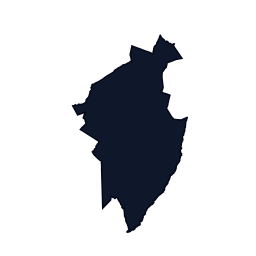 Murehwa, Mashonaland East, Zimbabwe (Equal Earth projection), rotated 199°
{"feature_id": "62879985B35130574204282", "entity_name": "Murehwa", "entity_type": "district", "adm_level": 2, "iso_a3": "ZWE", "parent_name": "Zimbabwe", "parent_adm1": "Mashonaland East", "projection": "equal_earth", "projection_center": [31.759, -17.8], "detail": "fine", "context": "isolated", "style": "filled", "palette": "ink", "viewbox_px": 256, "rotation_deg": 199, "n_neighbors": 0, "source": "geoboundaries", "source_scale": "gbopen_adm2", "svg_char_len": 5679}
<svg xmlns="http://www.w3.org/2000/svg" viewBox="0 0 256 256"><g transform="rotate(199 128 128)"><path d="M75.5,157.3L80.3,152.9L87.1,151.1L90.2,152.6L98.1,159.0L97.9,162.1L98.1,163.0L98.1,163.8L98.5,164.5L98.3,165.6L98.6,166.7L98.6,167.4L98.8,168.2L98.8,169.4L99.0,170.7L98.9,172.2L99.2,172.7L108.4,172.6L107.9,173.4L108.0,177.7L110.9,183.8L112.4,186.8L113.8,191.5L113.6,192.6L113.4,193.0L113.2,193.6L112.7,195.5L112.6,196.2L111.7,197.6L111.9,198.7L111.8,199.6L111.8,200.3L112.0,200.5L112.4,202.3L108.3,205.6L104.8,208.6L99.7,211.4L108.5,218.0L108.5,217.9L111.8,220.5L111.6,222.5L112.3,222.4L112.8,221.7L113.2,221.1L113.7,221.2L115.6,221.7L116.3,221.4L116.9,221.2L118.5,222.5L119.2,222.5L119.5,222.7L119.8,222.6L120.0,222.4L120.0,222.2L120.3,222.0L120.6,222.0L120.9,222.1L121.4,221.9L122.0,222.4L122.2,222.9L122.4,223.1L123.5,223.3L123.9,223.6L124.7,223.9L126.2,224.7L127.1,225.5L127.3,226.1L127.4,226.3L127.3,226.6L127.7,226.2L127.7,225.9L127.8,225.7L127.8,225.3L127.6,224.3L127.8,223.5L127.7,222.6L127.8,221.6L128.1,220.6L127.9,220.0L128.1,219.5L128.2,218.7L128.5,218.1L128.5,217.8L128.0,217.0L128.0,216.5L128.4,215.9L129.5,213.7L129.6,213.3L129.4,212.8L129.4,212.3L129.5,212.0L129.5,211.7L129.0,209.4L129.1,208.6L129.0,208.1L128.6,207.8L128.6,206.8L128.5,206.4L129.7,206.2L131.5,206.5L138.1,206.5L142.4,206.7L145.1,206.7L149.6,206.8L151.0,206.9L150.4,202.5L149.9,198.2L147.0,193.7L146.4,192.3L147.0,192.0L147.5,191.6L148.3,190.0L149.4,189.3L150.0,188.4L151.6,186.9L152.0,186.4L152.3,186.2L153.0,186.3L153.2,186.1L153.8,184.9L153.9,184.3L154.0,184.0L154.3,183.9L154.6,184.0L154.8,183.8L155.7,182.6L156.6,181.7L156.8,181.6L157.1,181.3L157.4,180.5L157.9,180.0L158.1,179.5L158.9,179.0L159.2,178.1L159.6,177.4L159.7,176.5L159.9,176.0L160.7,175.2L161.2,174.4L161.5,174.2L161.9,173.6L162.2,173.3L164.5,170.7L166.8,167.6L168.0,165.6L168.4,165.3L170.1,163.1L171.7,161.4L172.6,160.7L173.8,159.3L174.5,158.3L174.9,158.0L175.6,157.9L176.0,157.5L176.1,156.9L175.8,155.8L175.7,154.9L176.1,154.4L176.0,153.9L175.9,153.7L175.3,153.5L175.0,153.2L174.9,152.8L174.9,152.1L175.3,151.5L175.4,150.8L175.8,150.0L175.5,149.1L175.4,146.9L175.2,145.2L175.5,144.0L176.0,143.0L176.3,141.8L176.6,141.6L176.7,141.4L176.7,141.0L176.5,140.5L176.4,139.2L176.0,138.5L176.2,137.9L176.6,137.6L177.0,137.6L177.4,137.3L177.7,136.9L177.9,136.1L178.3,135.8L178.8,135.8L179.2,135.5L180.7,134.7L182.3,134.5L183.2,132.9L183.4,132.7L185.0,132.6L185.2,132.8L185.4,132.8L185.5,132.7L185.7,132.1L185.9,131.9L186.6,131.4L187.1,131.2L187.5,130.9L179.8,124.0L173.7,128.9L173.6,122.9L171.7,122.3L169.0,118.3L170.8,115.0L171.9,112.9L172.5,111.0L169.0,110.3L151.2,106.0L151.0,104.0L151.7,102.7L151.8,101.9L151.8,101.4L152.1,101.0L152.3,100.6L152.2,99.9L151.9,99.6L151.9,99.4L151.9,98.9L152.0,97.9L152.4,97.7L152.8,97.2L152.8,96.9L152.6,96.5L152.7,95.5L153.4,94.6L153.9,94.4L154.0,93.9L151.4,91.7L144.8,88.6L142.8,88.2L142.5,88.0L142.0,87.3L141.8,86.3L140.9,84.6L139.5,80.4L131.5,59.2L130.2,55.8L126.4,45.6L125.8,44.0L121.0,54.3L121.8,57.7L121.1,57.5L120.4,57.6L119.7,57.5L119.4,57.8L118.8,57.7L117.8,57.2L117.4,57.1L117.2,57.3L117.0,58.0L116.7,58.5L116.2,58.8L115.4,58.5L114.9,58.2L113.1,56.3L111.5,55.3L110.7,54.4L110.4,54.2L110.0,53.5L109.4,53.1L108.5,53.1L108.4,52.6L108.1,52.2L108.0,51.1L107.8,50.8L107.3,50.7L106.4,50.1L106.1,50.1L105.4,50.9L105.1,50.4L104.8,49.6L104.9,48.8L104.4,48.2L103.8,46.6L103.5,46.1L103.0,44.7L102.6,43.7L102.3,43.3L101.5,42.7L100.7,41.3L100.4,41.2L99.8,40.6L99.8,40.3L100.0,39.9L100.0,39.6L99.8,39.4L99.3,39.2L98.6,38.0L98.2,37.9L97.7,37.3L97.1,36.8L96.8,36.0L95.9,35.3L95.1,33.7L94.4,33.0L94.0,32.7L94.0,32.3L94.1,32.0L94.3,31.3L94.9,30.4L95.1,29.4L94.2,29.4L93.8,29.7L93.4,30.4L92.9,30.4L92.6,30.7L92.4,30.7L92.1,31.2L91.8,31.6L91.2,33.3L90.3,33.1L89.7,33.4L89.6,33.7L88.8,34.7L88.7,35.8L88.5,36.6L87.3,37.8L86.6,39.1L86.0,39.7L85.4,40.0L85.1,40.4L85.4,40.9L85.4,41.5L85.7,41.9L86.1,42.2L86.3,43.2L86.6,43.7L86.7,44.1L85.8,44.3L85.5,44.2L85.2,43.9L84.7,44.5L84.7,45.6L84.5,45.8L84.6,47.0L84.8,47.8L84.6,48.5L84.9,48.7L85.0,48.9L85.0,49.8L84.8,50.5L83.8,51.9L83.7,52.2L83.9,52.8L83.9,53.6L84.1,54.5L84.1,55.5L83.7,56.3L83.9,56.9L83.9,57.3L83.8,57.6L83.5,57.9L83.4,58.3L83.5,58.7L83.1,59.6L82.1,60.7L82.0,61.4L81.8,62.0L81.1,62.8L80.8,63.0L80.0,64.0L79.4,65.7L79.4,66.2L79.4,66.4L80.1,67.0L80.2,67.5L79.7,68.1L78.9,68.8L78.7,69.2L78.5,70.5L78.3,71.2L78.0,71.6L77.9,71.7L77.6,73.1L77.0,73.9L76.8,74.6L76.6,74.8L75.7,76.1L73.7,79.3L74.0,80.2L73.9,80.5L73.4,81.1L73.4,81.4L73.8,82.1L73.7,82.5L73.9,82.9L73.9,83.4L73.7,85.0L73.5,85.9L73.1,86.7L72.8,87.6L72.4,88.3L72.5,88.7L72.6,89.5L72.6,91.3L72.3,92.3L72.2,93.4L72.2,93.7L72.5,93.9L72.5,94.1L72.3,94.9L72.3,95.8L72.4,96.2L72.7,96.8L71.9,97.3L71.5,97.6L71.2,98.3L70.7,99.9L70.6,100.0L70.1,100.0L70.1,100.9L69.5,102.4L69.5,103.3L69.3,105.1L69.7,105.6L69.6,106.2L69.8,106.9L69.9,108.2L69.6,109.9L68.8,111.9L68.5,114.2L68.6,114.7L68.9,115.2L69.1,116.1L68.9,116.6L68.9,116.9L69.2,117.5L69.2,118.4L69.2,118.7L68.5,119.6L68.8,120.0L68.9,120.4L68.9,120.9L69.0,121.1L69.4,121.0L69.6,121.4L70.0,121.7L70.3,122.2L70.5,122.4L70.8,123.0L71.2,123.0L71.3,123.1L71.4,124.4L70.9,125.4L70.8,126.3L71.1,126.3L71.3,126.8L71.8,127.1L72.0,127.1L72.1,127.3L72.0,129.2L72.6,130.8L72.6,131.1L72.5,131.4L72.4,131.8L72.7,132.5L72.5,133.1L72.2,133.6L72.2,133.9L72.5,134.4L72.5,135.1L72.6,135.6L73.3,136.1L73.4,136.7L73.8,137.5L73.8,138.1L73.5,138.5L73.2,139.2L73.2,139.7L73.4,140.6L73.6,141.1L73.5,141.8L73.5,144.0L73.6,144.4L74.1,145.1L74.2,145.5L74.1,147.9L74.3,148.1L74.5,149.0L74.7,149.5L74.8,150.6L75.0,151.3L75.5,152.2L75.5,152.4L75.3,152.9L75.4,154.0L75.2,154.4L75.2,154.8L75.4,155.2L75.4,157.2L75.5,157.3Z" fill="#0f172a" stroke="#020617" stroke-width="1.5"/></g></svg>